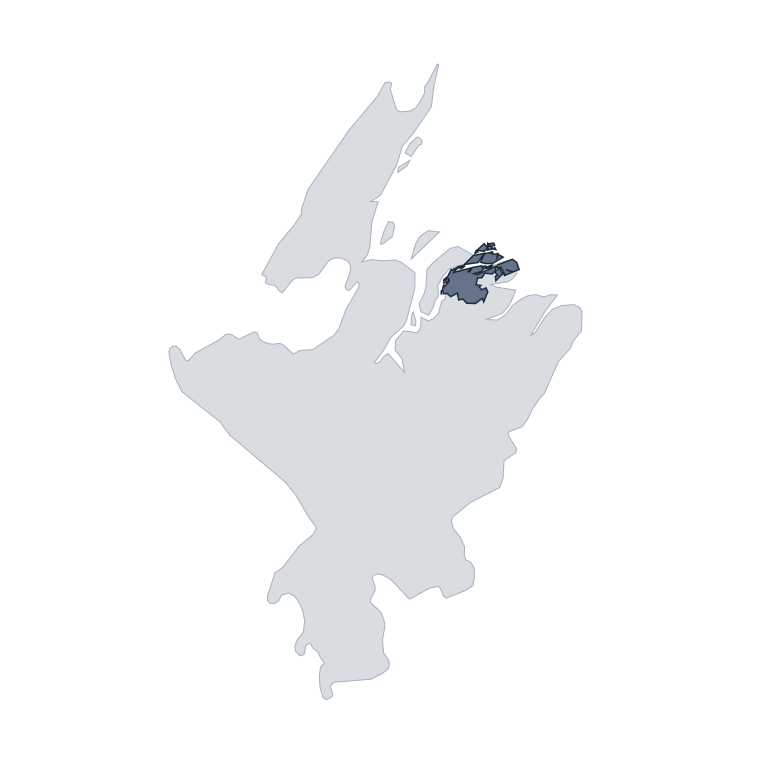 location of Patuakhali, Barisal, Bangladesh, rotated 222°
{"feature_id": "16705992B49808088196813", "entity_name": "Patuakhali", "entity_type": "district", "adm_level": 2, "iso_a3": "BGD", "parent_name": "Bangladesh", "parent_adm1": "Barisal", "projection": "orthographic", "projection_center": [90.354, 22.181], "detail": "medium", "context": "in_parent", "style": "filled", "palette": "slate", "viewbox_px": 768, "rotation_deg": 222, "n_neighbors": 0, "source": "geoboundaries", "source_scale": "gbopen_adm2", "svg_char_len": 5656}
<svg xmlns="http://www.w3.org/2000/svg" viewBox="0 0 768 768"><g transform="rotate(222 384 384)"><path d="M269.4,534.9L269.5,517.7L258.4,483.7L259.0,480.0L256.8,463.7L254.0,454.6L252.7,445.0L259.6,431.2L256.9,428.9L241.9,424.5L240.2,420.9L243.5,407.3L232.9,394.3L228.7,384.6L240.6,353.6L243.8,332.0L243.0,327.9L236.0,323.0L223.6,320.8L214.9,316.7L209.9,310.5L205.5,308.0L200.2,309.7L193.3,307.3L187.7,301.1L183.1,293.7L185.1,285.6L194.4,266.7L197.7,266.1L205.5,269.9L208.4,270.0L213.6,262.5L221.1,241.1L246.0,243.2L252.0,242.6L258.3,240.9L261.7,238.3L263.6,234.8L263.0,231.9L255.4,227.7L252.5,224.7L250.4,216.1L248.2,212.8L233.2,212.2L225.5,208.1L221.3,204.6L213.8,192.7L204.5,184.0L195.6,181.8L192.1,178.9L190.3,174.4L191.5,168.0L196.3,155.7L221.3,129.3L222.0,126.4L221.1,122.9L213.9,118.6L213.5,116.4L215.6,110.9L219.7,110.2L228.1,115.4L236.7,123.7L241.7,131.1L241.8,136.9L248.5,138.2L254.1,140.8L259.9,140.1L263.7,141.5L266.2,141.0L267.2,137.7L262.4,129.3L264.8,125.8L270.5,126.0L274.5,129.2L277.4,135.7L277.9,145.7L284.4,154.9L293.1,161.4L300.0,164.5L308.2,166.6L315.3,164.6L318.9,158.3L317.3,152.6L318.5,147.5L321.3,144.8L325.7,145.0L329.0,149.0L338.6,170.8L336.5,180.4L338.6,206.8L336.1,224.3L337.6,231.0L339.2,232.2L353.8,235.5L374.9,242.4L391.2,245.0L464.4,242.8L480.4,246.1L529.3,243.1L542.7,248.5L557.3,257.4L565.5,264.0L567.1,267.8L566.2,271.1L563.5,273.0L558.5,273.1L547.0,268.9L545.0,270.2L545.0,280.6L535.9,307.0L534.7,315.1L531.5,318.4L521.8,320.1L515.5,335.5L512.9,337.4L506.5,334.1L502.5,334.7L497.5,336.2L492.6,339.7L489.2,344.1L485.3,345.7L471.5,345.5L468.9,352.6L459.9,362.0L453.9,386.6L454.3,394.2L462.1,413.8L467.6,439.3L469.7,441.9L472.3,442.1L472.4,430.4L474.9,428.9L478.1,430.2L484.8,445.9L488.5,449.8L494.3,450.9L500.8,448.5L505.7,443.8L507.6,438.8L505.8,421.6L508.8,414.6L519.9,404.1L521.5,400.9L520.6,383.7L524.8,383.1L530.5,384.4L537.7,380.2L539.9,380.1L543.0,384.5L548.1,383.6L556.2,417.6L557.1,441.7L559.1,455.0L561.9,458.0L570.7,477.9L579.8,548.5L581.4,593.3L584.9,608.5L582.2,612.0L579.4,612.6L576.8,607.3L558.2,596.2L553.7,597.4L547.5,604.1L545.1,610.3L546.3,618.9L548.4,627.3L552.8,632.1L553.2,637.5L558.4,657.6L557.0,657.8L546.7,639.5L534.3,621.6L529.9,589.3L529.5,573.3L521.0,554.6L512.9,521.9L516.2,510.4L510.4,515.4L501.1,495.9L486.6,476.8L482.4,468.3L482.2,460.0L476.1,468.4L467.8,474.3L459.3,483.1L453.6,485.8L435.6,487.5L425.2,475.8L410.2,447.0L408.2,440.5L410.1,423.5L406.6,407.5L405.6,393.4L402.9,394.6L401.9,398.5L402.5,404.5L401.4,409.5L376.5,406.2L387.1,414.7L398.5,416.6L404.5,424.2L404.9,436.7L393.6,444.3L394.6,450.7L401.1,458.4L393.2,460.6L391.1,465.7L390.9,473.0L396.5,484.1L395.5,488.4L405.0,502.9L406.8,509.9L404.5,519.7L384.0,539.7L378.0,553.8L373.0,560.4L366.7,561.6L359.0,554.9L358.9,548.0L360.5,542.6L371.2,529.4L365.3,531.2L348.7,542.0L345.6,533.2L343.5,525.0L343.5,514.9L351.5,500.0L342.5,507.4L339.9,516.8L341.0,527.8L339.8,535.5L336.2,545.7L331.3,551.8L323.5,555.7L320.0,561.7L314.7,566.1L312.9,545.6L307.4,517.9L306.2,523.8L309.0,541.0L308.8,552.1L304.5,561.0L295.7,570.4L289.1,571.7L285.2,570.2L273.0,555.8L272.0,542.4L269.4,534.9ZM421.1,535.7L405.8,539.1L398.0,538.1L412.5,513.2L412.0,502.0L409.7,493.0L402.3,485.7L401.9,480.5L398.6,473.4L396.8,465.0L405.0,462.4L411.6,467.1L414.0,476.6L417.3,483.6L428.9,498.2L428.7,507.1L425.6,529.0L421.1,535.7ZM453.8,527.4L444.5,534.1L447.4,494.8L454.3,509.4L456.1,517.2L453.8,527.4ZM489.3,507.6L485.2,510.4L481.4,508.0L476.5,498.8L478.8,487.1L480.3,485.4L486.2,497.3L489.3,507.6ZM524.5,590.1L519.2,590.6L516.6,587.9L517.8,583.9L516.2,571.2L523.0,569.9L525.5,580.5L524.5,590.1ZM518.3,554.6L514.5,567.3L512.8,561.6L515.4,550.5L518.3,554.6ZM409.0,452.9L410.5,457.0L402.0,451.8L399.7,448.0L403.5,446.1L409.0,452.9Z" fill="#d9dde1" stroke="#a8b0b8" stroke-width="1"/><path d="M366.8,545.4L366.7,545.7L367.9,546.4L371.5,545.6L372.7,546.1L375.3,548.6L376.6,542.2L379.8,545.9L388.0,527.6L391.1,526.1L386.8,533.0L387.1,535.8L390.7,536.9L396.4,529.6L395.2,524.7L396.7,523.7L397.0,528.5L406.8,513.5L407.0,518.2L409.2,514.5L410.7,514.1L407.3,501.9L408.9,504.6L409.3,501.4L406.9,499.1L404.6,503.4L406.8,505.9L404.3,504.0L404.3,496.0L406.2,498.0L403.4,492.8L400.1,490.8L397.7,493.6L392.9,493.5L390.3,500.6L384.7,496.4L382.2,499.9L376.7,499.3L369.9,505.0L368.2,513.5L364.9,511.7L368.5,521.9L372.5,523.7L374.4,519.4L378.2,519.8L378.0,522.0L382.1,519.3L385.4,525.5L382.3,528.6L383.2,533.8L377.3,538.1L377.0,541.3L372.2,541.0L373.3,538.5L370.0,535.6L369.5,545.7L366.8,545.4ZM379.1,548.6L378.6,545.1L375.1,548.9L366.7,546.0L363.2,553.4L370.0,550.5L363.1,553.8L360.2,559.5L366.7,563.1L372.0,562.6L379.1,548.6ZM396.5,548.0L393.7,539.1L389.6,541.1L384.0,546.2L380.3,558.0L385.7,556.7L383.9,552.2L386.7,557.2L388.6,554.3L393.6,551.9L396.5,548.0ZM404.2,526.7L395.4,537.2L397.0,548.1L403.6,539.3L404.2,526.7ZM404.3,545.7L398.4,549.5L398.2,554.5L403.5,555.3L404.3,545.7ZM400.3,558.1L396.5,557.7L394.7,561.3L396.7,562.1L400.3,558.1ZM387.2,539.7L390.1,536.9L387.0,536.3L382.6,542.1L382.8,544.0L385.1,539.5L386.3,539.0L387.2,539.7ZM407.3,521.1L404.5,521.4L404.7,522.7L404.2,524.7L403.5,526.1L407.3,521.1ZM400.9,557.8L399.1,554.9L397.0,556.9L400.9,557.8ZM383.6,544.2L386.2,539.2L382.6,545.1L383.6,544.2ZM389.9,554.0L392.4,554.6L393.1,552.6L389.9,554.0ZM403.9,542.1L402.6,544.9L404.6,545.5L404.8,544.6L403.9,542.1ZM404.2,492.3L402.6,490.2L401.2,488.6L404.2,492.3ZM390.9,558.7L393.1,559.4L393.0,557.6L390.9,558.7ZM395.6,554.6L397.7,554.5L396.7,552.7L395.6,554.6ZM393.6,557.1L395.1,557.8L395.3,554.8L393.6,557.1ZM407.4,519.5L409.5,515.3L406.6,519.6L407.4,519.5ZM402.8,526.0L404.1,524.3L404.3,521.6L403.5,522.0L402.8,526.0Z" fill="#64748b" stroke="#1e293b" stroke-width="1.5"/></g></svg>